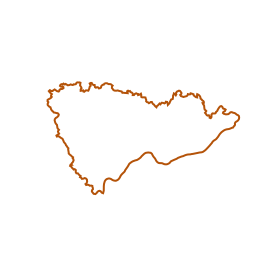 Passos, Minas Gerais, Brazil, rotated 125°
{"feature_id": "56859067B86797639547756", "entity_name": "Passos", "entity_type": "district", "adm_level": 2, "iso_a3": "BRA", "parent_name": "Brazil", "parent_adm1": "Minas Gerais", "projection": "albers", "projection_center": [-46.64, -20.726], "detail": "fine", "context": "isolated", "style": "outline", "palette": "amber", "viewbox_px": 256, "rotation_deg": 125, "n_neighbors": 0, "source": "geoboundaries", "source_scale": "gbopen_adm2", "svg_char_len": 5807}
<svg xmlns="http://www.w3.org/2000/svg" viewBox="0 0 256 256"><g transform="rotate(125 128 128)"><path d="M195.7,111.0L194.3,111.5L193.1,112.0L189.6,114.4L187.5,115.6L184.9,116.5L183.2,116.5L182.0,116.1L180.9,115.3L180.2,114.6L179.8,113.7L179.5,112.5L179.5,111.1L179.3,110.0L178.9,108.9L178.2,107.7L177.1,107.0L176.0,106.5L174.8,106.3L173.4,106.3L171.3,106.6L170.3,106.6L169.4,106.5L168.2,106.3L166.3,105.9L165.4,105.8L164.4,106.1L162.7,106.1L160.2,106.1L158.2,106.2L157.3,106.4L156.1,106.3L153.9,105.6L152.6,105.0L151.3,104.1L150.3,103.4L149.4,102.6L148.7,102.1L146.8,101.3L145.8,101.0L144.7,100.7L143.6,100.7L141.1,100.2L139.7,99.9L138.3,99.3L137.2,98.2L136.4,97.3L135.9,96.3L135.3,95.2L135.4,93.7L136.5,91.6L137.0,90.3L137.3,89.0L137.7,87.9L138.7,86.0L139.1,84.5L139.1,83.0L138.6,81.9L137.9,80.9L137.3,79.9L136.8,77.5L136.0,76.0L135.0,75.0L133.8,74.3L132.8,73.9L130.6,73.7L127.2,71.7L126.0,70.9L124.9,70.3L123.8,69.9L121.1,68.1L120.2,67.4L119.3,66.6L118.2,66.0L117.3,65.4L116.5,64.8L115.6,64.0L114.9,63.2L114.1,62.1L112.7,60.8L112.0,60.0L108.2,56.4L107.2,55.5L105.6,53.7L104.7,53.0L103.7,52.6L102.3,52.1L101.1,51.8L99.8,51.6L98.5,51.4L95.5,51.0L94.0,50.9L92.2,50.7L91.3,50.8L90.1,50.7L88.7,50.3L87.6,49.8L86.4,49.4L85.0,49.3L83.6,49.2L81.1,49.3L80.2,49.3L77.8,49.0L76.6,48.6L75.4,48.2L74.3,47.7L73.5,47.2L72.5,46.4L70.9,44.7L69.5,43.7L68.4,43.1L67.4,42.2L65.9,42.3L64.7,42.0L63.7,42.4L62.9,43.1L61.9,43.3L60.8,43.0L59.5,42.4L58.5,42.2L56.9,42.3L55.6,43.0L54.6,44.0L54.4,45.4L54.7,46.7L54.5,48.0L54.6,49.3L55.2,50.6L55.5,52.1L56.4,53.1L57.5,53.3L59.0,53.7L60.1,54.9L60.8,55.9L61.4,57.7L61.3,58.8L60.5,59.1L59.5,58.8L58.6,58.3L56.9,58.6L57.0,59.9L57.5,61.0L57.1,62.1L56.5,63.0L56.6,64.3L57.5,64.9L58.9,65.1L61.5,65.0L62.4,64.7L63.4,64.8L64.3,65.1L65.1,64.8L66.1,65.0L66.9,66.0L67.6,67.2L69.2,67.3L70.5,66.3L71.5,65.8L72.5,65.9L72.8,67.0L71.7,67.9L71.2,69.1L72.2,69.9L72.3,70.9L71.8,72.1L71.4,73.6L70.3,73.5L69.2,73.6L69.0,74.5L68.9,75.8L68.0,76.8L66.6,78.0L65.8,78.7L65.6,79.8L64.8,81.2L63.9,80.3L63.1,80.9L62.7,81.8L62.8,82.8L62.4,84.0L62.3,85.5L61.5,86.1L60.8,87.1L60.4,88.5L60.4,89.6L60.6,90.7L61.5,90.3L62.4,89.6L63.3,88.9L63.8,90.1L63.6,92.9L62.8,93.7L63.3,95.6L63.7,96.6L64.6,96.3L65.4,97.1L65.9,98.4L67.0,98.0L68.2,98.2L70.8,100.4L71.1,101.7L71.5,102.9L71.0,104.2L69.7,103.9L68.7,104.2L68.2,105.4L67.8,106.7L68.2,107.7L69.1,108.2L70.1,108.8L71.3,108.8L72.2,108.8L72.7,107.7L73.8,107.6L73.4,109.0L73.4,110.2L74.5,109.8L75.5,109.7L76.3,109.2L77.3,108.6L78.6,108.0L79.9,109.0L82.6,108.6L83.7,108.3L84.9,108.4L86.2,108.6L85.1,109.6L84.2,110.9L84.8,112.1L86.0,111.8L86.9,112.2L87.3,113.6L88.0,114.9L89.0,115.0L90.0,115.0L89.9,116.2L91.1,116.3L92.5,116.5L93.6,116.9L94.7,116.6L94.6,117.9L94.3,119.2L93.9,120.2L94.0,121.1L93.7,122.2L93.0,123.4L93.7,124.3L94.7,124.6L95.7,125.1L95.5,126.4L95.9,127.3L95.7,128.5L94.6,129.1L93.8,130.3L93.0,131.2L93.5,132.2L94.1,133.1L94.7,133.8L95.0,134.7L94.4,135.4L93.3,136.1L92.5,137.1L94.1,137.7L95.2,138.6L94.4,139.3L94.8,140.2L94.9,141.2L96.1,141.9L97.6,142.0L98.3,143.0L97.3,143.5L96.9,144.4L96.8,145.3L97.1,146.4L96.6,147.6L97.4,148.2L97.4,149.4L98.4,149.8L99.7,148.3L100.4,149.6L101.2,150.9L101.7,151.9L102.4,152.8L101.7,154.1L102.8,156.7L103.1,157.9L104.1,158.9L105.0,160.3L105.3,161.6L104.8,162.9L104.5,164.1L103.3,164.9L102.1,164.9L102.1,166.0L102.0,167.1L102.5,168.2L103.1,168.9L103.3,169.9L103.4,170.9L104.2,172.0L105.3,172.8L106.4,172.7L107.1,173.5L108.1,173.8L109.1,173.9L110.4,173.3L111.5,173.8L112.3,174.6L111.9,175.8L112.3,176.8L113.4,177.4L113.5,178.4L112.7,179.3L111.9,180.0L112.6,181.0L112.5,182.6L111.9,183.6L112.5,184.4L113.5,184.9L114.8,182.8L116.3,183.0L117.7,182.4L119.0,182.1L120.2,181.9L120.8,183.3L121.5,184.2L123.4,184.6L123.7,185.4L122.9,186.3L123.8,187.2L124.7,188.1L123.8,188.8L123.0,189.0L122.0,188.9L121.4,189.8L120.6,191.7L118.2,192.9L118.5,193.9L119.1,194.7L119.8,195.8L121.0,196.1L122.0,195.9L123.0,196.8L123.4,197.6L124.4,197.8L124.9,198.9L125.2,200.0L126.0,200.4L126.8,201.0L127.6,201.9L127.6,203.2L127.7,204.4L128.6,204.7L128.6,206.3L129.6,206.6L130.3,207.7L131.4,208.1L132.5,207.9L132.6,206.7L132.2,205.9L131.3,205.3L131.6,204.3L132.5,203.7L133.9,204.4L134.8,205.6L136.0,206.0L136.8,205.6L137.9,205.7L138.5,207.2L138.5,210.2L139.9,210.8L141.0,211.0L141.7,212.1L141.8,213.7L143.2,214.0L143.7,212.5L143.9,209.8L145.1,209.8L146.1,209.3L146.3,208.3L147.5,208.4L148.7,208.9L149.7,209.4L151.0,210.0L152.2,209.3L152.5,208.1L154.5,207.6L155.3,206.8L155.7,204.6L155.5,203.4L156.2,202.5L156.8,201.7L157.4,200.3L157.5,198.8L157.9,197.8L157.2,196.4L156.8,195.1L156.2,194.1L156.6,192.5L157.7,192.0L158.8,192.1L159.9,192.3L161.1,192.9L162.7,193.0L163.8,192.5L165.3,190.7L165.9,189.4L166.2,188.0L167.2,187.0L168.4,185.9L168.9,184.7L169.1,183.5L170.0,183.6L171.0,183.4L171.7,182.5L172.2,181.2L173.6,181.6L175.2,182.3L175.8,181.4L175.0,180.7L174.4,179.3L174.6,178.1L174.5,176.8L174.4,175.5L175.0,174.4L175.6,173.4L176.2,172.6L176.5,171.7L176.7,170.7L177.1,169.7L177.7,168.9L178.0,167.6L178.6,166.4L178.8,165.2L179.9,164.7L180.6,164.0L181.3,163.3L182.0,162.6L182.9,161.9L183.2,160.3L183.2,159.1L183.5,157.7L183.5,156.2L184.5,156.0L184.9,154.8L185.9,153.9L186.8,153.8L187.8,153.6L188.9,153.8L190.1,153.8L190.4,152.9L191.2,154.0L192.3,153.7L192.2,152.2L192.7,151.1L192.9,149.7L193.2,148.7L192.3,148.1L192.4,146.6L193.4,146.0L194.2,145.4L194.7,144.3L193.9,143.0L194.3,141.7L194.5,140.6L194.5,139.3L195.8,139.1L195.6,137.8L196.1,136.6L195.2,135.6L193.8,134.7L193.5,133.3L193.8,132.1L194.7,131.3L195.4,130.7L197.4,130.2L198.3,130.6L198.7,129.6L197.8,128.8L197.2,127.6L197.2,126.2L196.3,125.2L195.9,124.0L196.7,123.3L197.3,122.4L198.3,121.6L199.7,121.8L200.8,121.1L201.2,119.7L201.6,118.4L200.8,116.8L199.1,116.4L197.8,116.4L196.6,116.0L195.8,115.3L195.5,114.2L195.8,113.2L196.0,112.2L195.7,111.0Z" fill="none" stroke="#b45309" stroke-width="2"/></g></svg>